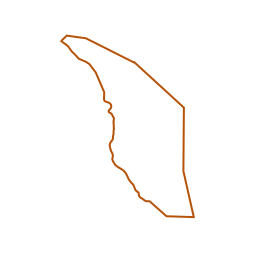 Saint Marie Road, Praslin, Saint Lucia, rotated 202°
{"feature_id": "8701671B49997775844737", "entity_name": "Saint Marie Road", "entity_type": "district", "adm_level": 2, "iso_a3": "LCA", "parent_name": "Saint Lucia", "parent_adm1": "Praslin", "projection": "albers", "projection_center": [-60.917, 13.855], "detail": "fine", "context": "isolated", "style": "outline", "palette": "amber", "viewbox_px": 256, "rotation_deg": 202, "n_neighbors": 0, "source": "geoboundaries", "source_scale": "gbopen_adm2", "svg_char_len": 4644}
<svg xmlns="http://www.w3.org/2000/svg" viewBox="0 0 256 256"><g transform="rotate(202 128 128)"><path d="M33.7,70.0L33.9,70.4L60.5,108.8L83.8,167.8L146.9,191.4L147.1,191.0L158.1,191.9L200.7,195.4L219.4,190.7L222.1,184.7L222.3,183.5L214.5,181.5L208.8,177.9L204.8,176.3L199.6,173.8L191.9,173.6L188.0,172.9L178.8,167.5L163.4,152.2L161.0,145.6L160.4,144.9L160.2,144.7L159.8,144.4L159.7,144.3L159.4,144.2L159.2,144.2L158.9,144.1L158.3,144.1L158.2,144.1L157.6,144.2L157.4,144.2L157.1,144.2L155.8,144.2L155.7,144.3L155.4,144.2L155.2,144.2L154.9,144.2L154.7,144.2L154.2,144.1L153.9,144.0L153.7,143.9L153.4,143.8L153.2,143.7L152.8,143.4L152.5,143.2L152.4,143.1L152.2,142.8L152.0,142.5L151.9,142.3L151.7,142.0L151.6,141.8L151.6,141.7L151.4,141.0L151.4,140.8L151.4,140.3L151.4,140.1L151.4,139.8L151.5,139.7L151.6,139.3L151.7,138.9L151.8,138.6L151.9,138.4L152.0,138.2L152.1,137.9L152.3,137.2L152.3,136.7L152.2,136.3L152.1,136.2L152.0,135.9L151.7,135.7L151.4,135.6L151.2,135.4L150.3,135.3L150.1,135.3L149.9,135.3L149.6,135.2L149.3,135.2L149.2,135.1L148.7,134.9L148.4,134.8L148.1,134.6L147.7,134.4L147.4,134.1L147.1,133.9L147.0,133.7L146.9,133.6L146.6,133.2L146.4,133.1L146.2,132.9L145.9,132.7L145.6,132.6L145.2,132.3L145.1,132.2L144.8,131.9L144.7,131.7L144.5,131.3L144.4,130.9L144.3,130.6L144.3,130.4L144.2,130.1L144.1,129.8L144.1,129.5L144.0,129.1L143.9,129.0L143.9,128.8L143.8,128.6L143.5,128.0L143.5,127.8L143.3,127.5L143.3,127.3L143.2,127.2L142.9,126.4L142.7,126.1L142.1,124.9L142.0,124.7L141.6,123.6L141.3,123.0L141.2,122.8L141.1,122.5L141.0,122.3L140.9,122.2L140.7,121.7L140.6,121.3L140.5,120.8L140.4,120.6L140.4,120.4L140.3,120.1L140.2,119.8L140.1,119.4L140.0,119.2L139.7,118.4L139.4,117.6L139.2,117.1L139.1,116.6L139.0,116.3L139.0,116.1L139.0,115.9L138.9,115.7L138.9,115.2L138.8,114.8L138.7,114.5L138.7,114.4L138.5,113.9L138.5,113.7L138.3,113.5L138.2,113.0L138.1,112.9L138.1,112.7L138.0,112.3L138.0,112.1L138.0,111.7L138.0,111.2L138.1,110.9L138.1,110.7L138.1,110.4L138.2,110.2L138.3,109.9L138.4,109.6L138.5,109.3L138.6,108.9L138.6,108.7L138.7,108.2L138.8,108.1L138.8,107.6L138.8,107.1L138.8,106.7L138.8,106.4L138.7,106.1L138.7,105.8L138.6,105.6L138.5,105.3L138.4,105.2L138.3,104.8L138.2,104.6L138.1,104.4L137.8,103.8L137.7,103.7L137.5,103.4L137.3,103.1L137.1,102.8L137.0,102.7L136.5,102.1L136.3,101.8L136.1,101.6L136.0,101.4L135.7,101.1L135.6,100.9L135.2,100.5L134.9,100.2L134.6,99.9L134.0,99.4L133.7,99.2L133.4,98.9L132.9,98.4L132.7,98.2L132.4,97.9L132.1,97.5L131.8,96.9L131.7,96.6L131.5,96.2L131.5,95.9L131.4,95.7L131.3,95.1L131.2,94.8L131.2,94.6L131.1,94.2L131.0,93.6L130.9,93.5L130.9,93.3L130.8,93.2L130.7,92.9L130.5,92.7L130.3,92.4L130.2,92.3L130.1,92.2L129.9,92.0L129.6,91.8L129.4,91.5L129.2,91.3L129.1,91.2L128.8,91.1L128.4,90.8L128.2,90.7L127.6,90.2L127.3,89.9L127.1,89.7L126.8,89.6L126.6,89.5L126.4,89.3L126.0,89.1L125.7,88.9L125.4,88.8L125.0,88.6L124.7,88.6L124.4,88.5L124.1,88.4L123.6,88.3L123.4,88.2L123.2,88.2L122.9,88.1L122.5,88.0L122.2,88.0L122.0,87.9L121.9,87.9L121.7,87.9L121.4,87.8L121.2,87.8L120.9,87.8L120.6,87.7L120.0,87.6L119.9,87.6L119.4,87.5L119.0,87.4L118.8,87.4L118.5,87.4L118.4,87.3L118.0,87.3L117.9,87.2L117.6,87.2L117.4,87.2L117.1,87.1L116.5,86.9L116.3,86.8L116.2,86.8L116.0,86.7L115.6,86.5L115.2,86.4L114.8,86.2L114.6,86.1L114.3,85.9L114.0,85.8L113.8,85.6L113.6,85.5L113.3,85.3L113.1,85.2L112.8,85.0L112.5,84.8L112.3,84.6L112.1,84.4L111.8,84.2L111.5,83.9L111.3,83.7L110.9,83.3L110.5,83.0L110.4,82.9L110.2,82.7L109.9,82.5L109.6,82.1L109.1,81.7L108.8,81.3L108.6,81.1L108.2,80.8L108.1,80.7L107.7,80.4L107.2,80.1L106.8,79.8L106.3,79.6L105.9,79.4L105.4,79.1L105.2,78.9L104.8,78.7L104.6,78.6L103.9,78.3L103.7,78.2L103.4,78.1L102.9,77.8L102.2,77.5L102.1,77.4L101.7,77.2L101.4,77.0L101.1,76.7L100.5,76.1L100.3,75.9L100.2,75.8L100.0,75.5L99.7,75.3L99.5,75.0L99.4,74.9L99.2,74.6L99.0,74.4L98.9,74.3L98.6,74.0L98.3,73.7L98.2,73.6L98.0,73.4L97.8,73.3L97.7,73.2L97.4,73.1L97.1,72.9L96.5,72.7L96.2,72.6L95.8,72.4L95.6,72.4L95.0,72.3L94.9,72.3L94.8,72.2L94.5,72.1L94.3,72.1L94.0,71.9L93.8,71.7L93.7,71.6L93.6,71.3L93.5,71.2L93.4,70.9L93.2,70.7L92.9,70.1L92.7,69.7L92.4,69.3L92.3,69.2L92.2,69.1L91.9,68.9L91.1,68.4L90.9,68.3L90.6,68.2L90.4,68.2L90.0,68.0L89.8,68.0L89.7,68.0L89.2,67.9L88.9,67.9L88.6,67.9L88.2,67.9L87.9,67.8L87.6,67.7L87.3,67.6L87.0,67.5L86.8,67.5L86.7,67.4L86.4,67.3L86.2,67.3L85.9,67.2L85.6,67.1L85.3,67.0L85.2,67.0L84.7,67.0L84.1,67.0L83.9,67.0L83.6,67.0L83.3,67.1L83.2,67.1L82.6,67.3L81.9,67.7L81.6,67.8L81.4,67.8L81.1,67.9L80.9,68.0L80.6,68.0L80.3,68.1L80.0,68.1L79.7,68.0L79.5,67.9L79.2,67.8L78.7,67.6L78.4,67.4L78.2,67.3L77.9,67.2L59.2,60.6L33.7,70.0Z" fill="none" stroke="#b45309" stroke-width="2"/></g></svg>